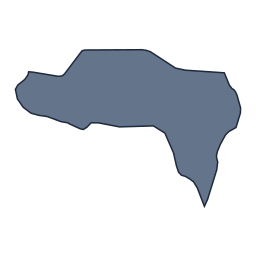 the Parish of Westmoreland
{"feature_id": "JAM-1376", "entity_name": "Westmoreland", "entity_type": "Parish", "adm_level": 1, "iso_a3": "JAM", "parent_name": "Jamaica", "parent_adm1": "", "projection": "natural_earth1", "projection_center": [-78.09, 18.195], "detail": "fine", "context": "isolated", "style": "filled", "palette": "slate", "viewbox_px": 256, "rotation_deg": 0, "n_neighbors": 0, "source": "natural_earth", "source_scale": "10m", "svg_char_len": 873}
<svg xmlns="http://www.w3.org/2000/svg" viewBox="0 0 256 256"><path d="M204.4,206.3L197.3,187.9L193.7,182.0L189.7,178.9L185.1,176.3L181.4,175.2L178.6,172.3L176.4,165.7L173.5,152.9L164.9,133.1L153.4,125.9L119.5,126.9L98.7,122.9L91.2,122.8L86.8,127.3L83.3,129.5L80.2,128.8L68.8,123.6L67.7,122.8L61.2,121.7L47.0,116.5L39.1,115.4L31.0,113.2L23.2,107.3L17.4,98.9L15.4,89.4L17.9,84.9L24.7,79.5L28.0,74.9L28.6,71.8L32.7,72.1L57.6,76.2L60.1,76.2L62.5,75.7L64.7,73.7L82.0,50.8L84.7,50.0L141.9,49.7L146.1,50.3L150.2,51.6L175.5,68.1L185.6,70.2L224.3,72.8L229.3,85.0L232.0,88.6L233.1,89.2L234.1,90.0L234.9,91.0L235.6,92.1L236.9,94.8L240.6,107.9L240.4,113.1L236.0,127.5L229.1,131.4L227.5,132.8L225.4,135.1L220.4,144.2L217.5,151.1L216.7,154.5L216.5,156.1L216.6,157.6L217.3,160.5L217.7,161.8L216.7,169.9L207.6,199.3L204.4,206.3Z" fill="#64748b" stroke="#1e293b" stroke-width="1.5"/></svg>